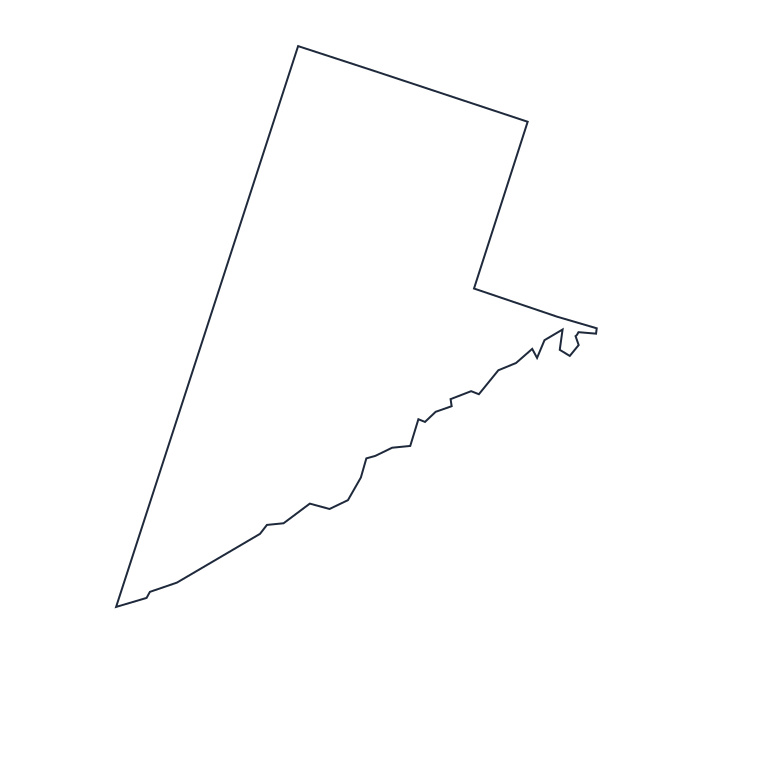 Chippewa, Minnesota, United States of America (Robinson projection), rotated 288°
{"feature_id": "52423323B98268232841030", "entity_name": "Chippewa", "entity_type": "district", "adm_level": 2, "iso_a3": "USA", "parent_name": "United States of America", "parent_adm1": "Minnesota", "projection": "robinson", "projection_center": [-95.622, 44.952], "detail": "fine", "context": "isolated", "style": "outline", "palette": "slate", "viewbox_px": 768, "rotation_deg": 288, "n_neighbors": 0, "source": "geoboundaries", "source_scale": "gbopen_adm2", "svg_char_len": 705}
<svg xmlns="http://www.w3.org/2000/svg" viewBox="0 0 768 768"><g transform="rotate(288 384 384)"><path d="M678.8,197.9L89.2,198.1L107.2,224.3L114.0,225.6L131.1,248.4L203.2,312.4L213.8,316.2L220.5,331.5L247.3,350.4L248.3,370.8L262.4,385.6L287.9,390.9L307.8,390.2L312.9,397.9L325.9,411.4L333.2,428.1L361.1,427.6L360.6,434.7L373.5,441.7L383.8,455.2L390.2,452.0L404.1,469.1L403.6,477.4L432.4,488.5L444.8,503.1L463.2,514.1L456.1,521.5L475.3,523.1L491.0,537.0L470.8,540.6L468.1,552.0L481.2,557.1L488.7,551.4L489.1,551.7L490.1,552.2L491.5,552.6L493.0,552.8L493.4,553.0L497.4,570.1L502.7,569.1L501.5,528.0L502.6,440.1L677.8,439.6L678.7,278.0L678.8,197.9Z" fill="none" stroke="#1e293b" stroke-width="2"/></g></svg>